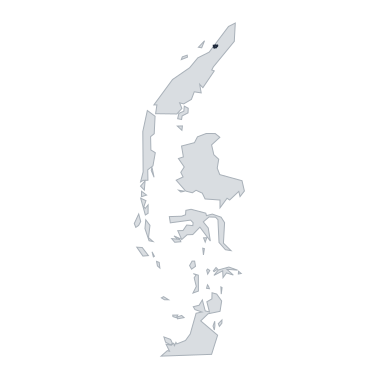 Kota Subulussalam, Aceh, Indonesia (highlighted), rotated 84°
{"feature_id": "22746128B20185680371825", "entity_name": "Kota Subulussalam", "entity_type": "district", "adm_level": 2, "iso_a3": "IDN", "parent_name": "Indonesia", "parent_adm1": "Aceh", "projection": "orthographic", "projection_center": [97.94, 2.756], "detail": "fine", "context": "in_parent", "style": "filled", "palette": "slate", "viewbox_px": 384, "rotation_deg": 84, "n_neighbors": 0, "source": "geoboundaries", "source_scale": "gbopen_adm2", "svg_char_len": 4624}
<svg xmlns="http://www.w3.org/2000/svg" viewBox="0 0 384 384"><g transform="rotate(84 192 192)"><path d="M140.5,158.6L147.2,167.6L157.2,166.4L162.2,162.0L170.9,164.4L177.6,162.6L186.0,141.1L196.5,139.8L201.6,144.7L196.3,145.4L203.9,155.4L201.9,157.8L210.7,165.8L202.9,165.0L200.3,179.7L194.2,181.9L190.7,187.8L192.8,191.7L190.4,198.2L178.6,206.5L176.1,199.3L171.3,201.1L166.3,197.1L157.3,202.0L156.2,196.9L145.2,197.6L143.2,184.4L137.7,180.8L135.3,171.7L136.3,162.8L140.5,158.6ZM28.5,131.3L46.6,134.2L69.8,157.7L72.7,159.6L73.9,157.2L89.4,170.3L85.7,173.1L94.4,172.5L92.6,179.3L99.8,182.9L103.5,191.1L102.0,195.0L107.8,193.3L112.8,198.9L110.3,220.0L101.7,217.8L101.4,220.8L78.1,199.6L68.2,181.4L59.2,172.2L54.7,160.3L31.2,138.4L28.5,131.3ZM355.5,189.5L352.0,239.9L347.2,233.1L348.0,231.0L340.7,233.7L342.3,228.6L340.5,226.1L341.2,225.7L342.4,225.8L343.1,225.5L339.9,223.7L341.5,223.0L339.0,214.0L333.0,208.6L313.0,200.6L312.4,194.7L309.3,201.3L306.2,202.7L305.4,196.8L300.4,193.0L311.6,191.3L313.1,187.2L302.7,188.7L300.4,183.4L294.3,182.6L296.1,178.1L303.5,173.9L313.6,176.6L314.8,188.8L321.1,196.8L337.1,181.5L355.5,189.5ZM252.9,164.8L245.0,170.4L222.3,169.1L219.5,171.2L218.6,177.7L222.9,183.9L229.5,179.6L242.7,178.9L227.8,187.8L234.4,195.7L234.0,201.3L238.2,207.2L229.0,210.2L229.4,205.0L224.3,200.7L225.5,194.7L222.7,194.1L219.8,196.3L220.4,216.8L214.1,217.1L215.0,204.9L214.0,200.8L209.6,200.0L209.1,194.7L214.5,180.5L217.0,180.1L216.1,174.1L220.1,165.7L225.9,162.8L246.2,166.1L254.4,159.3L252.9,164.8ZM112.8,220.8L130.1,223.5L132.6,227.4L145.9,228.5L149.1,224.4L161.9,228.1L165.3,233.7L175.7,234.6L175.3,239.3L176.6,242.1L166.9,238.5L126.7,234.6L106.3,227.9L112.8,220.8ZM272.5,165.4L278.9,159.6L276.1,166.2L280.4,170.1L273.6,169.7L277.2,178.9L272.3,174.0L270.5,163.2L274.5,154.8L272.5,165.4ZM275.4,194.4L291.2,196.0L292.6,201.6L286.4,197.6L277.5,198.8L274.9,196.6L273.3,199.3L275.4,194.4ZM236.0,239.8L223.5,242.6L214.8,240.9L220.8,237.3L232.8,240.0L237.2,235.9L236.0,239.8ZM200.2,237.0L208.6,237.9L210.0,240.8L192.8,243.7L195.8,238.7L201.5,241.4L203.5,240.3L200.2,237.0ZM250.7,242.0L250.6,247.5L241.1,252.7L242.0,247.3L250.7,242.0ZM112.9,187.7L115.3,193.9L118.8,194.8L117.6,198.6L112.4,196.8L110.8,191.7L105.8,190.7L108.3,187.0L112.9,187.7ZM338.6,234.0L333.2,235.1L336.4,228.7L340.6,227.2L341.6,229.5L338.6,234.0ZM216.0,246.1L219.7,248.6L221.3,251.6L217.3,252.7L208.3,247.3L216.0,246.1ZM266.3,196.3L268.7,200.5L264.9,202.1L260.7,199.1L261.0,196.6L266.3,196.3ZM176.0,237.5L185.1,239.2L180.8,242.6L176.0,237.5ZM190.3,237.5L191.4,242.8L186.0,242.1L190.3,237.5ZM129.6,195.6L124.9,199.7L125.3,194.6L129.6,195.6ZM316.1,213.0L316.6,219.7L314.9,220.0L313.7,215.2L316.1,213.0ZM173.4,228.2L166.2,230.3L163.3,229.2L173.4,228.2ZM240.3,208.3L240.2,214.4L236.2,217.1L238.0,208.9L240.3,208.3ZM42.9,163.7L49.6,167.3L48.7,170.5L42.9,163.7ZM59.2,188.8L56.6,187.5L55.4,182.5L57.4,182.4L59.2,188.8ZM294.1,233.5L293.1,231.2L296.7,226.6L296.3,230.6L294.1,233.5ZM290.2,172.1L296.6,173.6L289.4,173.2L290.2,172.1ZM249.6,185.6L255.8,187.2L249.0,187.2L249.6,185.6ZM237.3,211.4L233.8,214.5L237.0,208.9L237.3,211.4ZM322.4,175.6L325.6,176.0L328.5,178.8L325.7,179.6L322.4,175.6ZM264.3,231.9L261.9,234.1L257.3,234.5L258.6,232.0L264.3,231.9ZM315.4,220.8L313.9,224.0L312.4,224.0L312.9,219.0L315.4,220.8ZM275.3,185.0L271.3,185.6L270.2,184.5L271.9,182.5L275.3,185.0ZM322.9,182.9L327.4,183.2L331.6,184.2L327.5,185.1L322.9,182.9ZM239.0,182.1L243.2,184.1L238.8,185.3L239.0,182.1ZM278.4,154.5L275.7,154.0L278.2,151.6L278.4,154.5ZM247.3,238.0L252.0,236.1L252.5,237.2L247.3,238.0ZM290.0,184.8L289.3,187.6L285.9,186.3L287.6,185.4L290.0,184.8ZM190.8,203.2L188.8,205.1L190.5,199.2L190.8,203.2ZM271.4,174.6L273.5,178.4L272.7,179.0L269.6,176.0L271.4,174.6Z" fill="#d9dde1" stroke="#a8b0b8" stroke-width="1"/><path d="M48.5,155.3L48.8,155.3L48.8,155.2L48.9,154.9L49.0,154.9L49.1,155.0L49.2,154.9L49.3,154.8L49.5,154.8L49.5,154.7L49.6,154.8L49.6,154.7L49.6,154.8L49.6,154.7L49.8,154.6L50.0,154.5L50.3,154.7L50.3,154.8L50.5,154.9L50.5,154.7L50.8,154.5L51.0,154.5L51.0,154.4L50.9,154.4L50.9,154.2L50.9,153.9L50.8,153.7L50.7,153.7L50.7,153.4L50.7,153.2L50.8,153.2L51.0,153.1L50.9,153.1L50.9,152.9L50.7,152.8L50.4,152.7L50.2,152.5L50.2,152.4L49.9,152.3L49.7,152.3L49.7,152.2L49.8,151.7L49.7,151.6L49.4,151.4L49.2,151.3L48.9,151.4L48.7,151.4L48.7,151.5L48.8,151.6L49.1,151.7L49.3,151.7L49.4,151.8L49.4,152.0L49.2,152.2L49.2,152.3L49.0,152.5L48.9,152.7L48.8,152.8L48.7,152.8L48.5,153.0L48.4,153.0L48.3,153.3L48.4,153.5L48.5,153.5L48.5,153.8L48.7,154.0L48.7,154.3L48.6,154.5L48.5,154.9L48.5,155.0L48.5,155.3Z" fill="#64748b" stroke="#1e293b" stroke-width="1.5"/></g></svg>